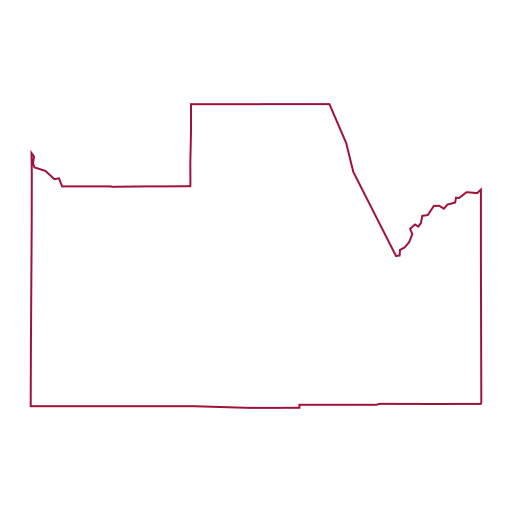 the district of Pinal, Arizona, United States of America
{"feature_id": "52423323B99674467123190", "entity_name": "Pinal", "entity_type": "district", "adm_level": 2, "iso_a3": "USA", "parent_name": "United States of America", "parent_adm1": "Arizona", "projection": "natural_earth1", "projection_center": [-111.21, 32.984], "detail": "fine", "context": "isolated", "style": "outline", "palette": "rose", "viewbox_px": 512, "rotation_deg": 0, "n_neighbors": 0, "source": "geoboundaries", "source_scale": "gbopen_adm2", "svg_char_len": 895}
<svg xmlns="http://www.w3.org/2000/svg" viewBox="0 0 512 512"><path d="M329.4,104.1L226.5,104.2L191.0,104.2L191.0,111.1L191.0,131.6L190.3,163.6L190.4,181.9L190.3,186.2L177.2,186.3L164.0,186.4L146.2,186.4L112.0,186.8L110.9,186.4L62.1,186.4L59.0,178.3L54.4,179.2L45.4,170.9L34.4,167.4L33.0,163.2L34.0,156.7L31.5,153.1L31.8,173.1L31.7,223.4L30.9,350.5L30.7,406.2L135.8,406.2L136.3,406.2L193.6,406.2L249.6,407.9L299.4,407.8L299.4,404.8L376.1,404.8L379.6,403.9L394.9,403.9L433.4,404.0L480.8,403.9L481.3,402.2L480.9,254.8L480.9,253.9L480.9,189.6L477.2,193.1L466.6,192.2L459.0,198.0L456.0,197.7L455.1,202.6L447.5,204.5L443.9,208.7L439.3,205.8L433.9,205.9L427.7,215.1L422.3,215.8L420.9,223.1L418.3,226.6L415.0,224.5L410.1,228.8L412.3,234.2L409.1,242.2L404.7,247.4L400.0,249.9L399.6,255.5L396.0,256.0L353.4,172.1L351.1,163.0L346.2,143.1L329.4,104.1Z" fill="none" stroke="#9f1239" stroke-width="2"/></svg>